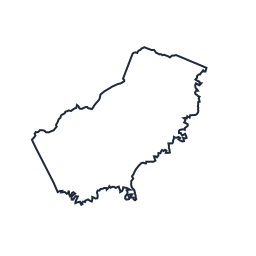 outline of Ibaiti, Paraná, Brazil, rotated 250°
{"feature_id": "56859067B34229173137225", "entity_name": "Ibaiti", "entity_type": "district", "adm_level": 2, "iso_a3": "BRA", "parent_name": "Brazil", "parent_adm1": "Paraná", "projection": "robinson", "projection_center": [-50.321, -23.79], "detail": "fine", "context": "isolated", "style": "outline", "palette": "slate", "viewbox_px": 256, "rotation_deg": 250, "n_neighbors": 0, "source": "geoboundaries", "source_scale": "gbopen_adm2", "svg_char_len": 3848}
<svg xmlns="http://www.w3.org/2000/svg" viewBox="0 0 256 256"><g transform="rotate(250 128 128)"><path d="M180.3,196.0L181.0,194.2L180.0,191.6L181.3,190.6L182.5,189.2L183.6,188.0L184.4,187.1L184.5,185.5L186.1,184.2L186.4,182.8L188.2,181.1L189.2,180.1L190.9,179.7L192.5,179.1L193.2,176.8L194.8,175.0L196.2,173.3L198.3,171.0L198.1,169.4L198.0,167.8L197.2,166.4L197.1,164.6L196.4,163.3L195.4,162.4L196.5,160.9L196.7,159.3L196.3,157.8L190.6,152.8L176.0,140.2L174.6,140.8L173.2,140.4L172.4,136.4L172.8,134.0L172.6,131.1L172.4,129.2L172.4,127.6L172.0,126.1L170.5,118.3L170.1,117.0L168.8,113.5L167.6,112.8L166.4,112.1L165.4,111.4L164.6,110.6L163.8,109.4L162.3,106.5L160.5,103.7L159.3,102.4L158.1,100.5L159.5,98.6L160.0,97.5L161.6,96.9L162.2,95.0L161.8,91.3L162.4,89.6L163.4,89.1L165.3,88.9L167.0,87.9L165.5,87.0L164.6,86.2L164.7,84.7L164.2,82.5L163.5,80.4L164.1,79.3L164.8,78.3L164.6,76.6L164.7,74.7L163.5,73.6L163.1,71.4L163.0,70.0L162.1,68.9L160.8,68.1L160.0,66.0L159.0,65.0L157.5,63.8L156.1,62.0L155.0,61.3L153.7,61.5L152.1,58.7L151.2,57.3L151.2,55.7L151.2,53.8L151.0,52.1L152.1,49.4L154.0,48.6L155.0,47.2L156.1,44.5L155.0,42.5L155.1,40.9L155.8,39.9L154.5,38.3L152.5,38.4L151.5,36.9L150.7,35.4L149.8,33.7L140.4,34.6L127.1,36.3L102.0,39.4L91.8,40.0L92.1,42.2L91.4,44.6L90.3,43.3L89.4,46.7L87.1,48.0L87.7,49.6L89.4,51.0L86.2,50.0L83.8,50.2L84.7,51.7L86.2,53.4L86.3,54.8L84.4,55.9L83.4,52.8L82.7,51.5L80.0,50.6L79.4,51.9L80.1,52.9L81.2,54.3L81.8,55.6L80.8,57.5L79.0,55.8L77.5,54.1L76.5,53.4L75.4,52.9L75.5,54.7L75.2,57.6L74.0,57.6L71.9,57.9L72.1,59.2L73.5,58.8L74.2,60.6L73.2,62.3L74.3,63.0L74.5,66.0L73.4,66.7L71.3,68.7L72.5,69.7L74.3,70.6L75.4,70.9L74.3,72.1L72.9,73.2L72.5,75.1L74.2,76.2L75.9,76.6L78.2,76.8L79.6,78.1L79.0,79.7L80.0,81.2L79.6,83.6L79.7,85.5L78.9,87.2L77.4,86.9L78.3,88.9L79.7,90.6L77.8,91.2L78.1,93.1L77.5,94.7L75.8,96.1L76.1,97.5L76.1,99.3L74.1,99.1L72.7,99.3L71.5,99.3L70.5,98.8L70.7,100.7L71.6,101.8L73.9,103.2L72.9,104.9L72.0,106.3L69.4,108.7L69.8,107.4L69.9,105.4L68.0,105.7L66.1,104.6L65.0,102.4L62.9,101.2L61.3,101.9L61.0,103.4L60.8,104.7L61.7,105.6L62.9,105.2L64.8,105.2L65.0,107.1L64.2,109.3L63.0,107.4L61.5,107.4L60.7,109.4L59.0,108.9L57.7,110.0L58.3,111.4L60.0,111.4L61.7,112.0L63.8,112.2L66.9,112.6L68.1,112.5L69.7,111.6L71.4,111.3L73.5,111.5L75.4,112.3L77.0,112.9L77.9,114.4L78.9,115.7L80.1,115.3L81.3,115.3L82.7,117.4L84.7,119.3L86.1,120.8L87.3,122.6L88.6,124.7L90.4,128.4L90.2,130.5L89.2,131.6L88.6,132.8L90.1,133.6L89.0,136.5L88.4,138.5L87.6,140.2L88.0,142.6L90.0,142.6L92.5,142.7L92.0,144.3L90.5,145.2L91.6,147.0L94.0,148.0L93.2,149.8L94.7,151.1L95.7,152.5L94.2,153.5L94.9,155.2L93.6,156.4L91.7,155.0L91.0,156.8L90.6,158.9L92.1,159.2L93.8,159.6L95.9,159.7L97.0,160.4L98.2,160.5L99.7,160.7L99.3,161.9L98.4,164.3L99.5,165.6L101.0,166.2L102.1,167.4L103.9,168.1L102.8,169.1L102.2,170.4L102.4,172.3L100.8,173.5L100.1,171.7L98.6,172.6L96.8,174.4L96.5,176.1L98.0,176.3L99.7,176.4L98.7,178.1L98.6,179.6L100.3,179.9L103.0,179.6L102.3,176.4L103.8,176.0L105.2,175.9L105.7,174.2L107.6,174.7L108.5,176.0L108.2,177.4L108.2,178.9L106.9,180.8L108.5,181.4L109.2,183.6L109.6,184.8L111.1,185.4L112.5,184.3L114.0,182.7L115.1,183.9L116.5,185.0L118.2,183.8L117.9,185.4L117.1,186.6L118.8,187.7L116.7,189.4L118.7,190.7L117.9,193.4L117.2,195.7L117.5,197.5L118.8,199.2L120.1,200.0L121.4,200.1L122.9,201.0L124.4,201.0L125.8,201.9L127.3,202.4L128.4,203.0L128.2,204.3L129.7,204.5L131.8,204.6L132.9,205.9L133.9,204.8L135.6,204.0L136.8,203.0L138.4,203.1L139.6,204.8L139.1,206.5L140.6,206.1L141.8,205.3L143.3,205.3L145.4,205.8L146.7,207.2L145.0,208.4L143.7,209.7L145.0,212.2L145.9,210.5L147.2,210.9L148.1,210.0L149.3,208.7L150.5,207.9L151.5,210.0L153.1,210.5L154.1,212.5L153.7,214.1L154.6,215.0L155.5,216.9L156.5,218.4L155.0,218.8L154.6,220.1L155.7,220.9L157.7,222.3L180.1,198.1L180.3,196.0Z" fill="none" stroke="#1e293b" stroke-width="2"/></g></svg>